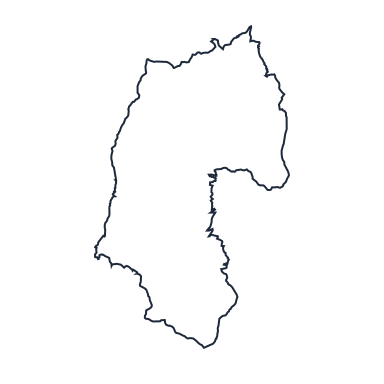 Seica Mare, Sibiu, Romania, rotated 262°
{"feature_id": "2599482B70299746914609", "entity_name": "Seica Mare", "entity_type": "district", "adm_level": 2, "iso_a3": "ROU", "parent_name": "Romania", "parent_adm1": "Sibiu", "projection": "albers", "projection_center": [24.21, 46.002], "detail": "fine", "context": "isolated", "style": "outline", "palette": "slate", "viewbox_px": 384, "rotation_deg": 262, "n_neighbors": 0, "source": "geoboundaries", "source_scale": "gbopen_adm2", "svg_char_len": 6054}
<svg xmlns="http://www.w3.org/2000/svg" viewBox="0 0 384 384"><g transform="rotate(262 192 192)"><path d="M331.0,279.5L331.9,275.9L333.2,274.2L333.1,273.3L333.6,272.2L333.1,271.4L333.1,270.7L337.0,271.9L338.9,271.7L339.6,271.2L341.7,271.5L347.2,273.6L347.9,273.5L347.2,271.9L343.3,268.8L342.2,267.2L342.1,263.8L341.3,262.2L340.8,260.3L340.1,259.5L339.9,258.2L339.4,257.9L339.1,258.8L338.7,257.8L338.6,256.1L338.1,254.6L335.1,251.6L333.1,250.8L332.8,249.2L332.9,245.3L331.7,243.7L329.1,242.5L332.6,239.5L333.8,238.9L337.2,238.5L337.9,238.8L338.7,238.5L340.4,235.8L340.5,234.2L340.0,234.7L338.4,231.9L337.2,233.3L335.1,234.9L332.5,235.4L329.2,231.4L329.1,230.2L327.9,227.9L327.7,226.7L328.1,225.2L328.2,222.1L327.6,220.3L329.3,218.5L329.3,216.7L327.9,215.2L327.4,214.1L328.0,211.7L326.1,210.8L323.0,208.1L321.1,206.9L321.1,204.4L321.9,202.7L321.8,201.6L322.3,200.1L321.9,199.5L320.6,199.1L318.6,197.2L318.7,195.6L317.3,191.4L317.5,191.0L319.9,190.2L322.9,187.3L324.3,185.2L326.1,175.4L326.2,172.5L327.7,169.2L328.7,167.7L329.5,167.3L329.7,166.3L328.8,165.5L325.6,164.7L322.9,163.4L318.6,163.1L317.1,163.3L315.9,163.0L314.1,159.4L312.7,157.9L310.8,156.8L309.7,156.6L308.0,154.8L304.3,152.8L297.7,151.9L297.0,152.5L295.0,153.3L292.6,152.4L291.4,149.9L291.3,149.1L289.4,147.2L289.4,145.7L285.9,142.4L285.4,141.5L283.5,140.9L282.9,140.4L281.5,140.7L276.5,139.5L274.4,137.3L274.0,136.3L269.6,134.0L268.0,132.3L265.6,130.6L262.3,129.0L261.5,128.0L260.4,127.6L259.3,126.6L259.0,125.9L256.1,125.8L253.1,123.2L250.3,123.1L248.6,122.3L246.7,118.9L246.1,118.5L243.7,119.0L239.5,117.3L236.0,116.7L232.7,117.1L229.5,116.8L227.1,118.1L214.1,118.5L214.2,118.0L213.6,118.4L212.7,118.0L211.4,118.1L209.4,117.1L206.7,116.7L206.6,116.1L204.3,115.9L203.4,115.0L202.9,115.8L202.2,115.2L202.2,114.8L201.3,113.6L200.5,113.2L198.5,115.0L198.6,113.8L197.5,112.4L194.7,110.2L192.2,109.6L191.7,109.0L190.1,109.1L189.5,108.4L188.8,108.1L181.1,107.1L179.5,106.5L177.4,104.6L176.1,104.3L174.2,102.8L173.7,102.0L171.8,101.1L168.9,100.6L166.6,100.8L160.4,99.6L160.1,99.0L161.0,98.1L155.3,92.3L152.9,91.4L152.4,90.7L152.1,89.5L150.8,88.4L150.4,88.9L150.4,89.5L150.1,89.8L148.4,89.1L145.2,89.0L143.7,87.3L141.1,87.0L140.6,88.0L140.6,89.1L138.6,89.7L138.7,90.2L139.7,90.1L140.1,91.2L140.6,91.4L142.2,91.5L142.6,92.4L142.8,94.0L142.3,94.4L142.2,95.4L140.7,96.9L138.3,100.8L134.4,101.0L132.3,102.2L130.2,102.1L131.4,102.9L131.3,107.7L129.9,111.5L126.5,114.3L127.5,115.6L127.9,117.0L126.7,119.1L124.3,121.0L123.2,122.6L122.8,122.1L122.3,122.2L123.1,123.2L120.0,126.6L119.3,126.7L118.9,126.0L118.9,126.9L118.2,127.2L117.6,128.6L115.7,129.8L110.3,128.8L107.7,127.5L106.3,127.5L103.4,131.5L101.7,133.1L96.8,134.2L95.2,134.1L94.0,135.1L90.4,135.3L85.4,136.5L83.6,135.7L82.5,133.8L81.2,130.2L77.2,129.3L76.1,128.2L74.1,127.8L73.5,128.1L72.9,128.7L72.3,131.3L70.1,133.8L69.2,135.5L68.4,142.4L69.3,143.6L69.0,147.2L66.1,147.2L64.3,147.8L62.8,150.1L62.8,151.2L61.3,153.8L59.6,155.0L56.1,155.8L54.7,156.7L53.4,159.9L50.8,163.5L50.5,164.3L47.7,167.0L47.5,167.8L47.6,170.0L46.7,173.0L43.1,176.3L41.9,177.0L39.9,179.0L38.9,180.6L36.1,182.1L38.9,191.9L41.0,194.1L42.6,194.7L43.8,195.6L43.3,195.6L43.5,195.8L46.2,197.0L48.8,197.6L50.2,198.3L53.5,198.5L55.9,199.6L62.8,201.5L64.8,204.7L65.1,205.7L65.1,207.7L65.7,208.8L68.0,210.6L68.6,211.9L69.9,212.5L70.7,213.4L70.8,214.0L72.5,215.3L74.4,218.4L75.8,219.7L80.4,221.6L81.7,222.4L84.3,221.9L92.2,218.5L94.3,216.9L95.6,215.1L96.5,215.1L99.1,213.6L99.9,213.4L102.3,215.0L105.2,214.7L106.1,214.1L106.7,212.5L109.1,210.5L109.7,210.4L111.6,210.3L111.3,211.4L111.7,212.1L111.8,214.7L112.3,215.7L114.6,216.2L115.6,213.4L116.3,213.9L115.6,215.4L116.6,216.0L116.2,217.2L118.6,218.0L119.9,219.1L121.6,218.1L122.0,218.4L124.8,216.6L127.1,216.7L127.2,216.2L127.9,215.6L130.2,214.9L132.6,215.0L134.0,216.0L134.5,213.8L136.9,214.4L138.2,215.1L139.2,215.0L140.7,213.1L142.3,210.3L143.8,211.4L144.6,211.4L145.8,208.0L147.2,205.0L145.7,203.2L145.7,202.5L149.0,205.4L151.0,207.2L152.5,207.2L151.5,203.9L151.7,203.7L151.5,202.9L151.7,201.5L152.8,202.6L152.5,202.6L153.3,203.8L155.5,205.5L159.2,207.1L162.7,207.9L164.6,209.0L168.4,212.2L169.0,207.6L171.3,212.3L172.4,211.6L171.4,209.1L175.0,209.9L175.2,210.2L177.3,210.1L178.6,210.6L180.9,209.4L182.2,211.6L183.2,210.6L184.7,209.9L186.6,211.9L188.0,212.0L189.1,211.2L193.0,211.9L195.4,213.3L196.5,210.7L199.1,211.3L198.9,214.0L199.6,214.6L199.8,215.9L199.6,216.6L199.9,217.0L201.3,216.9L202.2,217.5L203.0,217.1L203.2,215.8L203.8,215.1L204.3,213.3L205.1,213.0L205.1,211.8L206.8,211.1L206.5,214.1L205.5,216.2L204.7,218.4L205.5,218.5L205.9,218.0L206.2,218.4L206.6,218.1L208.5,218.2L209.5,217.3L210.4,217.4L211.0,219.3L210.7,224.3L211.3,225.5L211.5,227.8L210.6,229.9L209.2,230.7L208.4,232.2L207.2,233.1L206.5,234.6L206.8,235.3L206.1,237.2L207.4,238.9L207.4,243.6L206.1,246.4L206.7,249.5L204.8,250.8L203.9,252.6L202.6,253.3L198.6,254.1L196.6,253.9L193.4,257.1L190.4,258.6L189.7,259.2L189.6,259.9L189.1,260.4L188.6,263.7L187.4,264.8L183.6,267.1L183.3,268.0L183.2,270.1L183.7,270.8L185.5,272.0L185.0,274.9L185.1,277.0L183.9,279.8L184.6,281.8L185.5,283.2L186.7,283.4L188.9,286.4L191.9,288.0L194.7,290.2L197.0,290.3L199.1,289.9L206.4,287.3L209.0,287.5L211.1,286.4L213.2,286.0L216.7,286.0L220.5,286.5L225.4,288.6L226.7,289.4L236.7,292.5L241.0,294.5L252.8,296.1L254.2,295.7L257.3,296.0L259.2,295.0L260.1,293.6L261.4,292.9L261.2,291.9L261.5,290.4L266.6,290.3L270.6,293.7L271.7,294.3L272.8,293.9L276.0,297.0L277.7,295.4L281.8,293.0L283.0,292.8L285.3,293.4L287.9,293.4L291.6,291.2L293.7,290.4L295.9,290.4L297.1,289.8L297.0,287.8L297.3,287.0L297.2,285.7L296.9,283.3L296.5,282.9L297.0,282.6L295.9,282.1L296.8,281.1L296.9,281.9L298.2,281.7L299.4,282.3L300.5,283.8L301.6,283.1L302.5,283.6L302.9,283.0L303.7,283.3L304.1,282.7L305.9,283.0L308.7,281.3L309.3,281.8L311.2,280.8L313.4,280.3L314.3,279.5L314.9,279.5L316.4,278.4L319.5,277.8L322.3,277.6L322.9,277.9L324.1,277.7L324.8,278.2L325.8,277.5L326.5,277.7L326.9,278.5L327.4,278.1L327.3,277.7L327.6,277.7L329.1,279.2L330.2,279.7L331.0,279.5Z" fill="none" stroke="#1e293b" stroke-width="2"/></g></svg>